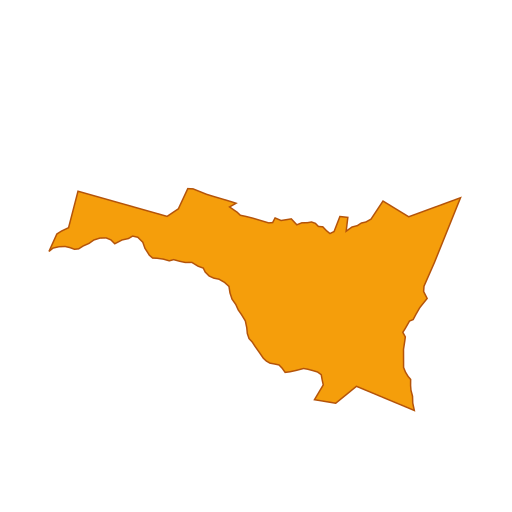 outline of Condado, Paraíba, Brazil, rotated 288°
{"feature_id": "56859067B6390679089384", "entity_name": "Condado", "entity_type": "district", "adm_level": 2, "iso_a3": "BRA", "parent_name": "Brazil", "parent_adm1": "Paraíba", "projection": "mercator", "projection_center": [-37.624, -6.87], "detail": "fine", "context": "isolated", "style": "filled", "palette": "amber", "viewbox_px": 512, "rotation_deg": 288, "n_neighbors": 0, "source": "geoboundaries", "source_scale": "gbopen_adm2", "svg_char_len": 1825}
<svg xmlns="http://www.w3.org/2000/svg" viewBox="0 0 512 512"><g transform="rotate(288 256 256)"><path d="M158.0,454.3L164.6,450.5L171.0,448.2L176.3,444.8L180.7,443.0L186.4,441.2L188.5,437.8L191.8,434.0L195.6,430.8L205.3,427.6L212.9,425.1L221.5,423.7L225.2,423.0L228.8,419.2L233.0,420.3L241.6,422.1L244.1,425.1L249.9,426.1L257.4,427.7L261.2,429.1L268.5,431.9L274.0,426.4L279.2,425.1L304.9,427.7L374.6,432.5L340.5,389.1L347.5,359.8L326.6,354.0L322.3,350.0L319.9,346.0L316.2,343.0L313.2,338.3L307.4,334.1L321.1,331.4L319.5,323.6L303.4,322.7L300.2,319.4L301.9,315.1L304.4,310.5L303.4,306.2L305.4,302.4L305.5,298.3L303.6,294.7L301.7,289.3L298.3,285.2L302.2,278.1L300.0,273.8L297.5,268.9L298.1,262.4L292.9,261.5L291.4,257.8L291.0,241.2L290.5,234.0L289.9,228.5L291.8,224.6L292.9,220.9L294.5,215.7L300.0,220.7L300.0,215.2L299.5,196.4L299.4,190.0L300.4,175.4L299.0,170.3L276.9,167.6L266.2,159.2L262.6,66.7L225.0,69.0L219.6,63.3L215.4,59.8L196.4,57.7L200.8,60.5L203.9,65.7L206.1,71.6L206.5,76.6L206.3,81.3L208.0,85.1L212.2,88.6L216.4,93.3L221.1,96.8L224.8,102.0L226.9,107.9L226.5,113.0L224.0,117.9L229.9,123.7L233.2,129.3L236.8,132.5L237.3,137.8L234.1,144.1L229.0,148.0L226.5,151.1L223.8,154.3L222.1,158.3L223.3,162.6L224.4,168.9L224.6,175.0L227.1,178.8L227.4,185.0L228.0,190.8L230.1,197.0L228.4,204.0L228.2,209.6L225.0,212.7L222.5,217.6L221.9,222.7L222.5,227.9L221.2,234.2L218.7,239.7L212.8,242.7L207.6,246.5L203.6,251.8L199.2,255.8L195.8,260.3L191.0,265.9L184.9,269.4L179.6,271.7L175.3,274.9L173.1,278.9L169.7,283.1L165.4,288.9L161.0,294.6L159.3,298.3L158.4,302.4L159.0,306.8L159.5,311.5L157.4,315.5L154.3,319.7L156.4,324.1L159.5,329.4L163.7,336.0L164.3,340.1L164.6,345.7L164.7,350.4L163.3,354.7L158.3,357.4L154.2,359.8L137.4,356.0L140.6,377.3L163.1,391.8L158.0,454.3Z" fill="#f59e0b" stroke="#b45309" stroke-width="1.5"/></g></svg>